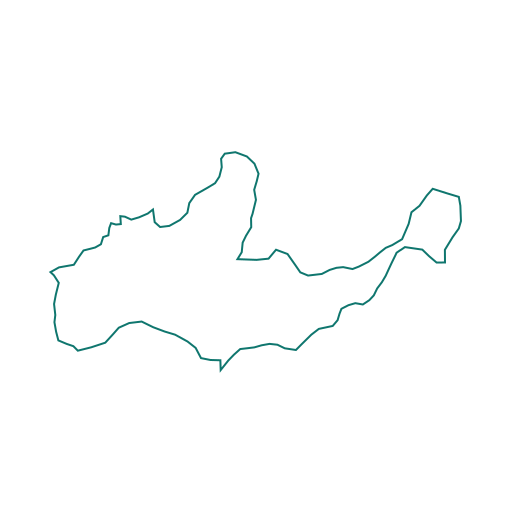 outline of Epicho, Cyprus, rotated 260°
{"feature_id": "46923920B25776414767341", "entity_name": "Epicho", "entity_type": "district", "adm_level": 2, "iso_a3": "CYP", "parent_name": "Cyprus", "parent_adm1": "", "projection": "albers", "projection_center": [33.523, 35.225], "detail": "fine", "context": "isolated", "style": "outline", "palette": "teal", "viewbox_px": 512, "rotation_deg": 260, "n_neighbors": 0, "source": "geoboundaries", "source_scale": "gbopen_adm2", "svg_char_len": 1860}
<svg xmlns="http://www.w3.org/2000/svg" viewBox="0 0 512 512"><g transform="rotate(260 256 256)"><path d="M193.7,64.1L194.7,77.9L196.8,92.5L203.7,101.5L209.2,108.4L212.0,119.5L211.3,132.0L203.7,142.4L197.5,152.9L192.6,162.6L183.7,173.7L176.0,180.6L165.0,184.1L161.5,193.1L159.5,202.8L149.8,201.4L157.9,210.6L162.7,217.2L167.1,224.3L166.7,231.0L166.3,238.5L167.1,246.1L167.1,254.1L164.9,261.7L160.1,268.3L156.5,279.0L160.9,285.2L168.9,296.8L173.3,305.2L173.8,319.4L178.6,325.2L184.8,328.3L189.2,331.0L191.5,338.5L192.3,345.6L189.7,352.8L192.8,359.9L196.8,365.2L203.0,369.7L208.3,375.4L214.0,380.3L219.8,384.3L225.5,388.3L232.9,393.7L234.8,395.0L236.5,398.7L236.9,399.8L238.9,404.2L233.4,420.9L225.8,426.4L218.2,432.7L216.8,441.0L229.3,443.1L240.3,452.8L247.9,460.5L254.8,463.9L270.1,466.0L279.0,466.0L284.6,454.9L291.5,441.7L286.0,434.8L277.0,425.7L272.1,416.7L261.1,411.9L247.2,402.8L243.1,392.1L241.5,385.2L237.9,378.5L234.8,373.2L230.8,365.7L227.7,355.4L226.4,348.8L229.9,339.9L230.4,333.2L229.5,326.1L226.9,317.7L227.7,303.9L232.2,296.8L240.1,293.2L252.5,287.4L258.7,276.8L251.2,267.9L252.1,255.9L256.1,237.2L262.2,242.6L271.5,245.2L277.7,249.7L285.2,256.3L294.1,257.7L298.1,259.9L311.3,265.7L321.5,265.7L329.5,269.7L336.6,272.8L347.2,270.5L355.6,264.3L361.8,253.7L362.0,247.7L362.2,243.0L357.8,238.5L349.4,237.7L340.5,233.7L334.8,228.3L331.7,220.3L326.8,206.6L319.7,199.5L310.5,195.9L304.7,187.5L300.7,175.9L301.2,166.6L306.9,162.1L319.7,162.6L316.6,156.8L314.4,147.5L313.5,139.5L317.5,133.7L318.8,129.3L310.9,128.4L311.3,123.5L313.5,119.0L309.1,116.4L302.0,114.2L301.2,108.8L294.5,105.3L292.3,99.1L291.9,94.2L291.4,87.1L286.1,81.7L279.0,75.1L279.0,68.0L279.0,60.0L275.8,50.8L272.1,53.6L263.8,57.1L252.8,52.2L243.8,48.8L232.7,48.1L225.8,46.0L216.1,46.0L207.2,46.7L202.3,54.3L198.9,60.5L193.7,64.1Z" fill="none" stroke="#0f766e" stroke-width="2"/></g></svg>